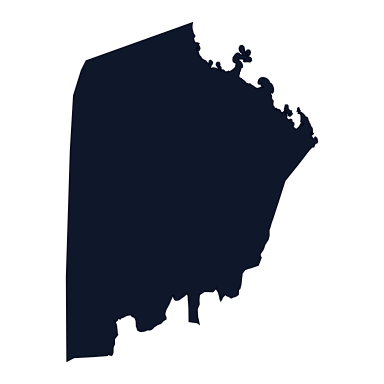 Agig, Red Sea, Sudan
{"feature_id": "16777658B73946128996237", "entity_name": "Agig", "entity_type": "district", "adm_level": 2, "iso_a3": "SDN", "parent_name": "Sudan", "parent_adm1": "Red Sea", "projection": "equal_earth", "projection_center": [38.237, 17.867], "detail": "fine", "context": "isolated", "style": "filled", "palette": "ink", "viewbox_px": 384, "rotation_deg": 0, "n_neighbors": 0, "source": "geoboundaries", "source_scale": "gbopen_adm2", "svg_char_len": 5880}
<svg xmlns="http://www.w3.org/2000/svg" viewBox="0 0 384 384"><path d="M67.1,361.0L74.0,357.4L93.0,356.4L107.5,355.3L108.5,353.5L109.7,354.8L110.7,354.8L111.3,355.3L112.3,354.3L112.8,352.2L112.9,347.6L113.2,346.5L114.3,344.2L114.2,338.8L114.9,338.1L117.5,334.7L117.1,333.7L116.9,331.1L116.8,329.6L116.5,327.7L116.4,326.2L116.1,324.6L114.5,320.9L115.4,321.4L116.1,321.1L116.9,320.4L118.5,317.7L120.1,318.9L121.0,317.6L122.7,317.3L126.7,315.2L131.1,314.5L131.7,315.8L132.3,316.3L132.9,316.6L133.7,316.8L135.3,318.0L136.1,320.3L136.4,321.3L136.6,326.5L137.4,328.0L137.5,329.1L138.0,330.1L140.3,331.3L142.3,331.2L144.4,330.9L145.5,330.5L147.7,329.6L150.1,329.8L152.2,328.6L154.0,326.7L157.6,324.3L160.1,323.5L161.1,322.9L163.1,320.6L165.8,319.0L165.8,317.3L164.9,315.8L164.6,313.5L165.7,309.6L168.6,304.4L172.4,295.6L173.5,295.8L174.0,297.9L174.8,299.4L175.8,300.1L177.6,299.9L179.0,299.6L180.6,298.3L184.2,295.8L186.8,293.3L188.3,295.4L188.4,296.3L188.5,299.8L188.9,304.0L189.1,307.5L189.2,311.6L189.3,321.4L192.5,321.9L196.0,322.3L197.5,322.7L198.9,323.7L198.0,319.2L197.4,317.1L197.2,314.0L197.0,309.2L197.5,307.7L199.0,304.3L198.9,302.3L198.7,300.7L199.0,297.0L199.2,295.0L199.8,294.3L204.3,291.3L208.0,291.3L212.5,291.6L213.5,291.0L214.6,289.6L216.1,288.1L216.6,289.0L218.6,292.4L219.8,296.6L220.2,299.1L220.8,300.5L221.5,299.4L222.4,297.2L225.2,294.2L226.1,295.0L227.4,295.8L228.6,296.1L231.2,297.8L232.1,297.4L232.8,296.8L234.1,296.7L236.1,295.9L238.1,294.5L238.4,289.4L239.7,288.6L240.8,284.1L241.3,279.1L242.0,273.2L245.3,269.0L246.2,269.0L248.3,268.2L251.1,267.5L258.1,265.1L261.0,257.6L260.1,256.3L260.0,255.2L260.4,253.1L261.2,252.1L262.6,250.1L263.6,248.0L264.5,244.9L268.0,239.2L268.9,235.6L268.8,229.9L269.7,227.6L270.5,224.6L271.5,221.4L272.4,219.1L279.7,196.6L284.8,180.6L298.1,164.1L308.6,150.4L312.1,146.7L313.5,146.9L312.2,146.7L313.6,146.9L314.5,144.5L315.1,143.5L315.9,142.9L316.8,142.9L317.4,141.6L317.3,140.7L316.7,138.4L315.3,137.2L314.7,138.1L314.5,138.9L313.8,139.3L313.0,139.1L312.0,137.3L311.2,137.4L310.7,136.2L311.3,135.8L310.7,135.0L311.4,134.2L312.1,134.4L312.8,134.1L313.1,133.5L312.4,133.4L311.1,133.4L310.7,132.9L311.2,132.6L311.7,132.0L312.3,132.9L312.1,128.8L311.6,127.7L310.6,126.6L310.2,125.3L309.8,124.2L308.7,122.8L308.8,121.9L308.0,120.7L307.7,119.6L307.5,118.5L306.9,117.5L305.2,117.0L304.6,115.7L303.8,114.9L303.0,114.0L302.0,113.2L301.0,112.6L300.0,112.4L299.7,111.7L300.0,110.9L299.2,109.7L299.1,108.7L298.6,107.9L297.8,108.3L297.8,110.5L297.4,111.1L298.7,111.4L298.4,113.2L299.5,113.2L301.0,114.6L301.3,118.3L301.0,121.8L302.7,122.9L303.5,124.1L302.8,125.2L301.2,123.8L300.6,124.7L299.4,126.9L296.9,129.3L295.6,129.2L294.1,128.1L292.6,126.7L293.7,125.0L293.7,123.1L292.6,122.4L291.7,122.7L291.7,120.0L290.9,119.4L290.2,119.6L288.8,120.2L287.2,119.2L286.5,117.9L286.6,114.8L286.2,113.4L285.1,112.3L285.4,111.5L286.3,111.4L287.5,112.9L288.2,113.7L289.1,113.7L289.2,114.7L288.4,114.7L288.4,115.3L289.9,116.1L290.7,115.4L292.2,113.8L291.0,112.2L291.5,110.6L290.8,111.3L289.9,110.8L289.0,110.0L288.2,109.1L287.9,107.6L287.9,105.9L287.1,105.1L286.5,106.5L285.9,106.7L285.6,104.6L285.1,107.4L284.6,108.8L284.7,111.2L283.7,112.0L282.9,112.5L281.8,113.0L280.6,112.1L280.1,110.6L279.0,109.7L277.5,109.6L276.8,109.1L276.6,110.8L276.4,109.4L276.0,108.5L274.8,108.9L274.0,107.7L273.7,106.6L273.0,106.4L272.7,104.9L272.7,102.9L273.0,101.0L272.2,100.1L271.3,98.6L271.0,97.7L271.4,96.7L271.3,96.0L271.1,95.1L270.1,94.5L271.1,91.9L271.7,92.1L272.4,92.8L273.0,92.1L273.2,91.1L273.4,89.9L273.3,88.8L272.9,87.2L272.3,85.5L271.1,83.9L269.4,82.8L268.7,80.8L267.2,79.3L265.1,78.1L263.2,77.8L261.9,77.8L260.8,78.1L259.8,78.9L259.0,79.9L258.5,81.1L258.3,82.4L258.4,83.3L258.9,83.9L261.0,83.9L261.3,84.8L261.8,86.0L262.9,86.8L263.1,87.1L262.0,87.3L260.6,87.6L259.6,88.1L258.0,88.5L257.0,88.8L255.2,87.8L253.1,86.3L251.0,85.0L250.1,84.1L249.0,84.1L248.1,84.5L247.5,83.8L246.4,83.4L246.0,83.6L245.6,82.9L244.9,81.8L244.2,81.4L243.9,80.9L243.4,80.9L243.1,80.4L242.4,79.9L241.4,78.9L240.3,78.4L238.9,77.6L238.5,76.1L238.8,74.9L239.2,73.6L239.3,72.9L239.2,71.8L239.8,71.4L240.1,70.6L240.6,68.6L241.3,67.4L242.3,67.1L242.3,65.6L242.0,64.3L240.8,62.3L239.5,61.1L238.7,60.8L238.3,60.1L238.7,59.1L239.8,58.8L241.5,58.8L244.5,59.1L244.4,59.4L243.9,60.3L243.7,61.3L244.4,61.6L246.1,61.6L247.3,61.4L250.0,61.8L251.3,60.6L251.2,58.9L250.6,57.9L249.3,57.2L248.3,56.9L247.2,55.9L247.6,55.7L248.1,55.4L249.0,55.1L249.7,54.6L250.3,52.2L249.6,50.6L248.6,50.1L247.2,50.4L246.5,51.6L246.7,53.6L247.0,54.9L246.7,55.1L246.0,54.1L245.0,52.1L244.5,50.6L244.2,49.6L244.0,48.2L243.6,46.7L242.1,45.6L240.5,45.9L239.9,46.7L239.3,48.2L239.6,50.2L240.5,51.9L242.1,53.1L242.6,53.9L242.5,55.1L240.5,55.2L239.4,53.9L237.7,53.2L236.5,53.6L235.4,54.7L233.3,57.6L233.1,59.9L233.4,61.4L234.6,62.4L236.2,62.9L236.3,63.8L235.9,66.3L235.2,67.8L233.3,69.6L230.2,71.8L229.1,71.8L228.6,71.4L227.6,71.9L226.2,72.1L225.2,72.1L224.1,70.8L223.1,70.1L222.0,70.1L221.0,70.6L221.1,69.4L220.6,68.6L220.9,67.6L220.4,66.8L220.0,66.4L219.0,66.3L219.5,65.3L219.8,64.3L219.0,62.4L217.7,62.4L216.7,63.1L216.4,64.9L216.9,65.8L217.7,66.6L218.0,67.4L219.2,69.1L219.0,69.4L218.7,69.9L217.9,69.8L216.2,68.6L215.1,68.3L213.9,68.1L212.6,68.1L211.8,68.9L211.5,69.1L210.2,67.4L210.3,66.9L210.7,66.3L210.3,65.6L211.1,65.1L212.1,63.8L212.4,62.4L211.3,61.1L210.2,60.4L209.5,61.1L209.0,63.6L208.7,64.3L207.9,63.6L207.0,62.8L205.7,61.1L203.9,60.3L201.9,58.9L201.3,58.6L200.8,57.2L199.2,55.6L198.8,54.4L198.2,52.7L197.4,51.1L196.6,50.1L196.6,48.4L196.7,48.1L196.9,48.4L197.0,49.7L197.5,50.6L198.4,50.7L199.2,49.9L199.8,48.2L198.7,45.7L198.4,46.1L198.0,45.2L198.2,44.4L198.8,43.6L197.0,42.9L195.4,43.3L194.0,41.0L193.3,38.4L194.6,36.1L194.7,35.9L193.2,33.8L192.6,31.7L191.8,28.4L191.8,25.1L192.2,23.0L191.7,23.2L86.3,61.0L81.6,70.4L73.8,95.5L70.6,149.9L66.6,276.5L67.1,361.0Z" fill="#0f172a" stroke="#020617" stroke-width="1.5"/></svg>